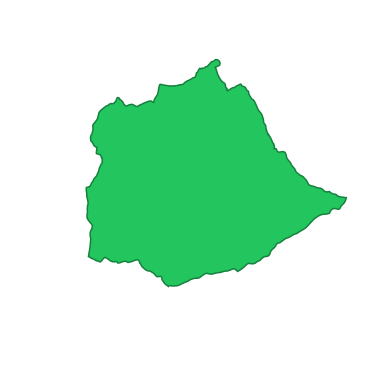 outline of Socorro, Santander, Colombia, rotated 221°
{"feature_id": "7082276B29346978372960", "entity_name": "Socorro", "entity_type": "district", "adm_level": 2, "iso_a3": "COL", "parent_name": "Colombia", "parent_adm1": "Santander", "projection": "robinson", "projection_center": [-73.239, 6.466], "detail": "fine", "context": "isolated", "style": "filled", "palette": "green", "viewbox_px": 384, "rotation_deg": 221, "n_neighbors": 0, "source": "geoboundaries", "source_scale": "gbopen_adm2", "svg_char_len": 6030}
<svg xmlns="http://www.w3.org/2000/svg" viewBox="0 0 384 384"><g transform="rotate(221 192 192)"><path d="M147.9,105.1L147.9,105.9L147.4,106.7L145.1,108.2L143.7,109.5L141.4,111.9L140.7,113.1L140.0,114.8L139.1,116.8L138.6,118.2L137.6,119.8L136.8,121.7L136.3,122.6L135.9,124.3L135.2,125.8L133.5,128.5L130.7,131.1L129.9,133.1L129.5,135.6L129.1,136.6L128.7,138.4L127.9,139.9L127.3,140.4L123.7,142.4L122.8,143.5L120.3,147.2L118.3,149.4L117.5,150.3L117.0,151.1L115.9,153.1L114.6,154.6L113.9,155.1L113.3,155.7L113.1,156.3L112.2,157.7L110.5,161.1L109.0,162.0L105.4,162.0L104.2,165.8L103.4,170.2L103.2,173.3L102.8,174.5L102.4,175.2L101.4,176.0L99.6,177.1L98.9,177.8L98.2,178.7L97.6,179.9L97.3,181.4L96.8,183.0L96.2,184.1L95.8,185.3L95.8,186.8L95.2,190.1L94.7,191.0L93.4,192.3L92.9,193.1L92.4,194.1L92.4,195.4L92.7,196.8L93.4,198.0L93.7,199.4L93.8,200.7L93.5,202.8L93.4,204.8L93.5,206.3L94.0,208.0L94.0,208.7L93.6,209.6L92.4,211.5L91.0,217.7L90.5,218.9L89.4,220.8L88.8,222.1L87.4,226.6L87.1,227.3L86.0,228.8L85.6,229.6L84.9,232.4L83.3,237.1L82.8,239.0L82.5,241.7L82.2,251.3L81.8,253.2L81.1,256.0L80.5,257.7L79.5,259.8L77.4,262.4L76.3,263.2L74.8,265.3L74.3,266.3L74.8,267.6L75.1,269.4L75.1,270.6L74.7,271.6L73.8,273.0L72.4,273.8L70.6,274.7L70.1,275.1L69.6,275.9L69.6,276.7L70.2,278.8L70.2,279.7L70.0,283.8L70.8,287.0L71.2,287.7L71.6,288.4L71.9,289.0L72.7,288.3L73.9,287.6L76.3,286.0L77.6,285.2L78.4,284.9L79.2,284.8L80.3,284.4L80.7,284.4L81.4,284.7L82.4,284.3L83.9,283.3L85.1,282.8L86.7,282.5L88.0,282.4L88.5,282.6L89.6,281.3L90.7,280.2L92.1,279.5L94.8,279.7L97.0,279.4L97.9,278.9L100.4,277.3L104.2,276.0L105.7,275.1L107.2,274.4L108.1,274.2L109.3,274.3L112.3,275.5L114.1,276.0L115.9,276.1L118.2,276.4L119.6,276.2L121.5,275.6L125.9,275.4L126.7,275.5L128.8,276.5L129.9,276.9L133.3,277.4L134.5,277.6L136.8,278.7L140.7,279.3L142.8,279.9L145.7,282.0L147.3,282.8L148.3,282.9L150.2,281.9L152.4,279.2L153.5,278.6L154.3,278.6L156.7,279.8L157.4,279.7L158.0,279.2L158.4,278.6L160.2,280.9L161.9,281.9L162.9,282.0L168.1,284.4L171.3,285.4L171.4,285.1L171.7,285.0L172.2,285.2L172.5,285.6L172.6,285.9L173.6,285.8L178.5,289.0L179.0,289.6L180.0,290.5L180.9,290.6L181.7,291.1L183.2,291.3L183.7,291.5L184.6,292.6L185.7,293.5L186.3,294.1L187.2,294.4L188.8,295.6L190.4,296.3L192.0,296.8L193.5,297.0L196.0,297.5L202.4,300.6L205.1,301.6L206.4,301.8L207.4,301.5L208.3,301.5L210.3,302.1L212.5,302.9L213.8,303.6L215.1,304.8L215.5,305.0L217.5,304.8L218.1,304.9L219.2,305.6L220.8,305.9L221.9,305.6L223.6,304.9L224.3,304.9L225.4,305.4L225.9,305.5L226.4,304.9L226.7,303.9L228.1,301.0L228.2,299.9L228.6,298.6L229.8,297.2L231.1,293.2L231.5,291.8L232.8,291.7L233.0,291.9L233.1,292.8L233.4,293.1L234.9,293.1L235.4,293.2L236.7,294.5L237.4,295.0L238.3,295.3L239.2,295.4L240.7,295.1L242.4,295.2L243.8,295.5L245.8,296.0L247.4,296.7L249.3,297.4L254.9,300.8L256.3,301.3L254.7,304.7L254.4,305.7L254.5,306.3L255.3,307.6L256.7,308.5L257.5,308.7L258.6,308.7L259.4,308.5L260.8,307.7L261.2,307.1L261.5,304.8L262.7,303.3L262.8,302.8L262.7,301.9L262.9,296.8L263.1,296.4L263.4,296.1L263.9,295.2L264.2,293.3L264.7,292.6L265.0,292.3L265.5,292.3L265.7,292.0L266.1,290.7L266.9,290.7L267.2,290.5L267.3,289.0L267.1,288.1L266.7,287.3L266.5,286.6L266.5,286.0L266.8,284.8L266.7,284.5L265.9,283.7L265.5,282.1L265.1,281.2L265.2,280.2L265.4,279.7L266.0,279.1L267.2,275.5L267.8,274.0L268.4,273.0L269.3,269.9L269.4,267.6L270.0,266.7L271.6,264.8L273.2,262.4L276.1,259.4L278.6,257.2L283.6,254.1L285.8,253.0L286.6,252.4L286.7,252.0L286.7,251.5L285.4,248.9L284.7,247.7L283.3,245.6L282.0,242.9L281.2,237.6L280.8,236.5L279.8,234.9L279.7,234.5L280.9,234.1L282.2,234.0L283.1,233.4L284.2,232.1L285.1,230.5L286.7,227.4L287.5,225.3L288.1,224.3L288.4,223.5L289.2,221.2L289.6,220.5L290.2,220.0L290.9,219.8L293.5,219.3L294.6,218.9L295.1,218.5L295.9,217.6L296.7,216.4L297.1,215.4L297.6,214.3L298.3,213.7L299.2,213.4L300.1,213.5L301.4,213.7L303.5,214.6L305.8,214.8L306.6,214.7L307.1,214.5L307.5,214.6L308.5,215.1L309.2,215.0L309.9,214.7L310.2,214.2L310.1,213.4L309.4,211.6L309.2,210.5L309.1,208.8L309.1,207.9L309.5,207.0L310.2,206.4L310.8,206.1L311.1,205.4L312.0,204.2L312.1,203.6L312.1,202.6L312.4,201.9L312.9,201.2L313.6,198.6L314.4,194.1L314.4,193.1L314.3,191.0L314.1,190.4L313.3,189.0L311.6,185.6L311.3,184.8L311.2,184.1L311.0,181.6L311.0,179.1L310.9,178.1L310.6,177.2L309.7,176.3L308.7,175.2L307.8,174.4L306.9,172.7L305.6,170.2L305.5,169.3L305.5,168.7L304.2,166.3L302.1,164.4L301.1,164.0L300.3,164.2L299.0,163.8L296.5,162.8L295.4,162.7L293.9,162.9L293.2,163.1L293.0,163.3L289.6,158.4L289.3,158.3L288.8,158.4L287.2,159.4L286.7,159.4L285.5,159.9L284.9,159.6L284.0,159.3L282.6,158.4L282.2,158.8L280.3,156.6L279.1,155.5L278.9,153.7L278.3,151.9L278.2,151.2L277.6,149.3L275.9,146.0L275.6,144.5L274.6,141.7L274.6,140.4L274.6,137.1L274.2,136.4L273.7,134.5L273.8,132.9L272.9,130.6L272.9,129.3L273.3,128.1L274.0,126.9L274.7,126.1L273.0,124.0L270.8,122.1L268.0,119.2L266.4,118.2L263.6,116.0L262.6,114.7L261.9,113.2L259.9,110.5L259.0,109.4L258.4,109.1L256.0,105.6L255.3,104.7L254.6,104.0L253.6,103.3L251.0,102.5L249.1,102.2L248.2,102.0L247.4,102.0L245.3,101.3L244.9,101.0L243.6,98.7L242.9,96.2L242.3,94.6L241.4,93.7L240.8,92.8L240.1,92.1L238.2,90.7L237.1,89.6L236.3,88.3L233.6,84.6L232.2,82.5L227.8,75.3L226.9,75.6L226.0,75.8L224.3,75.9L222.7,76.8L221.4,76.9L219.4,77.3L218.0,78.0L215.5,78.9L215.2,79.4L215.1,81.0L215.2,83.2L214.9,85.4L214.6,85.7L213.6,86.0L208.5,86.5L206.9,87.0L206.0,87.4L204.8,88.3L204.0,89.4L203.3,90.0L202.9,90.1L201.8,89.7L201.4,89.7L200.6,90.5L199.8,91.6L198.9,93.4L197.6,95.4L196.8,96.1L195.2,96.6L194.5,96.7L194.0,97.0L193.1,98.1L191.5,100.5L190.6,102.4L189.8,103.5L189.3,104.6L188.3,105.2L187.8,105.3L187.1,105.3L185.6,104.7L184.4,104.0L183.2,103.9L182.2,103.3L180.7,102.9L179.1,102.8L176.4,102.8L175.3,103.0L173.9,103.4L171.5,104.9L170.3,105.1L169.7,105.1L168.7,105.4L166.9,105.6L165.0,105.1L162.9,105.1L162.0,105.8L160.6,107.6L159.9,107.9L159.3,107.9L157.9,106.9L157.5,106.5L156.9,106.1L153.1,105.1L151.0,104.9L148.6,105.2L147.9,105.1Z" fill="#22c55e" stroke="#15803d" stroke-width="1.5"/></g></svg>